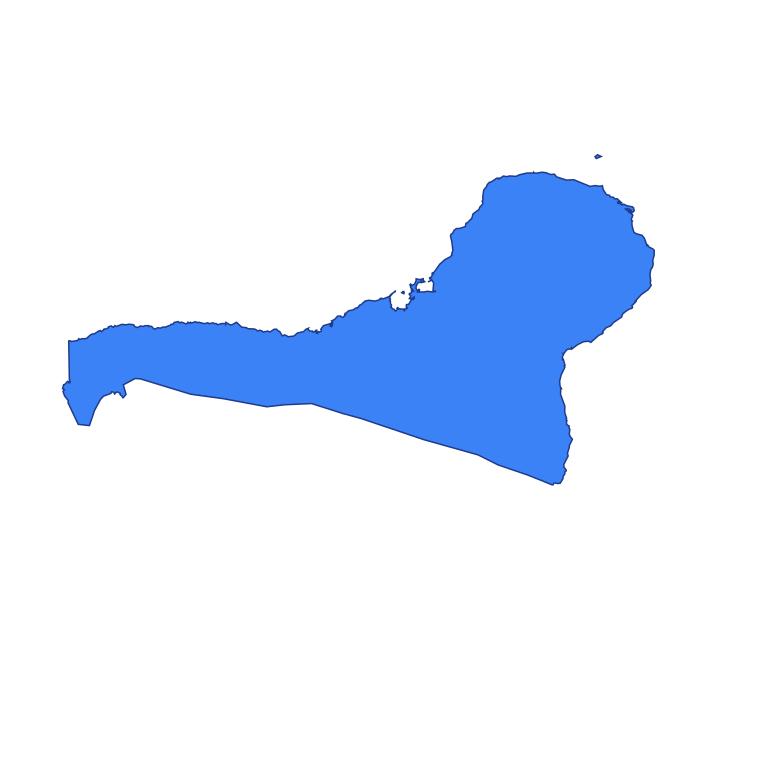 Negros Oriental, Negros Oriental, Philippines, rotated 248°
{"feature_id": "2640588B56610026740587", "entity_name": "Negros Oriental", "entity_type": "district", "adm_level": 2, "iso_a3": "PHL", "parent_name": "Philippines", "parent_adm1": "Negros Oriental", "projection": "albers", "projection_center": [123.112, 9.739], "detail": "fine", "context": "isolated", "style": "filled", "palette": "blue", "viewbox_px": 768, "rotation_deg": 248, "n_neighbors": 0, "source": "geoboundaries", "source_scale": "gbopen_adm2", "svg_char_len": 6157}
<svg xmlns="http://www.w3.org/2000/svg" viewBox="0 0 768 768"><g transform="rotate(248 384 384)"><path d="M226.0,510.3L229.2,514.5L231.1,515.4L233.0,518.1L234.6,518.7L235.2,520.4L236.3,520.7L239.1,519.7L242.0,520.5L248.2,527.7L251.3,528.3L256.1,532.3L257.4,532.7L262.2,538.0L265.7,536.9L268.3,537.1L272.5,539.4L274.2,539.0L275.6,540.0L277.9,538.2L280.5,539.0L282.0,540.3L281.7,539.6L282.4,539.3L283.5,540.4L290.0,540.9L295.7,543.4L308.2,543.8L313.5,546.1L313.2,546.8L316.0,546.4L321.0,548.0L326.1,551.7L331.8,558.0L333.2,557.8L333.4,558.8L339.5,559.5L339.3,558.8L340.0,558.7L342.7,559.8L344.2,561.6L345.1,561.4L344.7,561.9L347.3,566.3L347.3,568.2L346.3,570.6L347.3,571.4L346.1,571.4L347.9,577.9L348.5,584.7L347.1,589.6L345.1,591.4L348.7,601.4L348.8,605.5L349.4,606.3L350.0,605.9L350.6,605.8L350.1,606.1L351.2,607.2L353.0,611.2L353.0,616.0L355.0,619.7L357.1,629.4L359.6,631.6L360.8,635.5L361.6,639.2L361.3,642.1L361.9,643.2L363.8,643.2L365.5,647.4L366.6,647.8L366.1,648.6L367.5,649.7L370.5,656.0L372.6,664.5L375.4,668.7L378.3,668.7L379.4,669.8L385.8,671.6L390.0,674.1L391.9,676.8L394.0,678.3L398.5,679.8L401.9,682.6L406.6,684.6L408.4,684.0L411.6,681.1L414.2,680.4L414.9,680.8L414.0,679.7L421.5,680.0L425.1,679.0L429.2,673.8L431.3,672.5L437.8,673.3L440.7,674.2L442.1,675.4L442.7,674.7L443.8,674.8L447.4,678.0L450.0,676.6L452.0,677.0L452.7,676.5L451.5,675.9L451.5,675.2L453.0,675.6L454.7,673.9L455.3,674.4L455.7,673.9L455.6,675.0L453.7,677.5L452.0,678.2L449.8,678.0L450.8,680.8L454.0,681.4L455.2,680.7L458.6,675.6L460.6,674.0L461.0,671.5L463.6,670.1L463.7,668.7L465.0,668.7L465.2,669.7L464.6,671.1L464.1,671.3L464.0,671.0L463.6,671.2L463.1,672.1L468.5,669.5L469.2,667.4L471.2,666.6L472.7,663.9L474.4,663.8L476.4,661.1L482.3,660.1L486.0,660.8L486.4,658.4L488.8,654.3L490.0,649.1L502.3,636.5L504.7,629.6L511.3,621.7L514.7,620.6L515.9,616.8L519.1,613.5L521.2,609.8L522.3,604.5L523.3,602.3L524.3,602.1L523.7,601.5L526.1,595.4L527.2,588.2L527.1,584.1L529.8,578.5L530.3,575.4L532.1,572.6L531.0,567.5L531.5,567.0L531.9,567.4L532.6,565.8L531.1,558.4L531.6,557.6L530.3,554.5L528.8,553.3L526.4,549.1L521.0,545.9L518.1,544.9L516.6,543.4L515.8,543.9L513.7,542.6L512.1,539.1L510.3,537.5L508.3,530.2L504.9,527.6L502.4,522.1L502.3,520.2L499.5,518.4L499.9,512.6L501.0,509.2L500.3,506.7L498.1,504.1L497.6,502.1L496.1,501.0L490.9,500.3L482.1,497.9L479.1,495.4L478.1,495.4L477.1,492.8L476.5,487.0L474.2,480.6L469.0,472.5L468.7,470.2L467.6,470.8L467.7,469.9L465.5,468.3L465.3,466.0L464.4,465.8L463.2,467.2L462.3,467.2L462.3,463.0L462.2,467.1L461.5,467.6L458.9,467.8L452.5,464.5L451.7,464.7L450.9,466.3L449.9,466.4L451.1,465.7L450.8,464.3L453.9,458.5L454.2,455.9L456.5,450.1L456.9,451.7L458.0,452.1L458.1,451.4L458.6,451.8L458.7,451.6L458.0,449.8L460.6,449.5L462.5,450.4L465.0,453.1L464.9,455.4L464.0,456.8L465.5,457.1L463.7,458.4L463.6,460.1L465.4,459.2L466.9,459.8L467.5,456.0L469.5,453.2L467.7,452.4L465.2,449.8L464.9,446.6L466.7,446.2L466.4,445.3L462.9,444.9L461.6,445.9L460.6,445.6L461.1,443.8L460.5,445.7L459.3,446.2L459.9,445.1L459.3,444.1L458.4,444.0L458.3,441.4L457.5,440.9L455.6,441.9L453.7,439.5L452.7,440.9L453.3,444.6L452.0,444.1L451.5,443.1L451.8,440.8L451.1,440.8L451.6,440.6L448.6,436.6L449.2,434.6L447.1,433.4L445.9,434.1L445.4,433.8L445.4,432.1L444.7,432.1L445.7,431.6L444.4,430.3L446.1,430.2L448.0,426.2L449.7,425.4L449.2,424.3L448.0,424.4L447.3,421.9L449.6,421.3L450.6,419.9L452.1,419.8L452.6,419.1L454.3,420.5L455.8,420.1L458.7,421.0L459.2,420.5L460.4,421.8L461.4,421.2L463.3,423.1L465.1,426.6L465.4,429.0L466.5,429.7L465.7,429.0L464.5,424.2L463.8,423.7L464.0,422.8L463.2,422.4L463.2,415.4L464.5,413.6L464.4,413.3L463.9,413.4L463.5,413.2L464.0,413.2L464.7,412.5L463.8,411.1L464.2,406.9L467.4,401.1L468.0,397.4L466.0,392.1L466.3,391.1L464.4,387.8L465.0,386.8L464.3,382.8L465.2,378.8L463.9,374.9L462.9,374.4L463.7,374.1L461.6,372.4L461.1,370.6L463.4,369.1L464.3,366.3L462.4,362.6L462.1,359.1L461.6,359.4L460.7,358.4L460.5,359.3L459.8,359.4L459.8,357.8L458.0,358.3L456.8,356.8L458.1,355.7L458.8,357.1L460.1,356.6L460.8,349.6L458.4,345.9L457.5,346.2L456.4,345.4L456.4,343.4L457.3,342.7L455.8,341.3L456.3,340.4L459.1,341.7L459.3,340.5L458.5,339.8L458.5,337.8L459.9,337.5L460.5,335.6L461.8,334.5L463.5,334.5L463.6,333.9L464.0,334.5L464.0,332.1L462.7,329.0L463.7,322.8L462.2,318.4L463.7,313.0L466.7,310.4L466.7,307.8L471.9,306.9L472.2,306.1L475.2,304.8L475.9,302.5L474.9,297.7L476.6,296.1L477.5,291.3L479.0,290.7L480.4,288.9L480.5,286.7L482.8,285.3L483.9,283.8L486.0,278.9L487.9,277.3L490.1,273.3L496.5,270.4L495.8,265.0L496.9,263.1L500.4,260.5L498.8,259.5L499.5,259.5L500.8,256.4L501.3,251.9L503.0,251.0L503.3,249.7L504.8,248.3L505.5,244.3L506.8,243.6L507.1,240.3L510.7,235.3L510.9,233.6L512.4,232.6L512.7,228.0L513.7,227.8L513.5,226.0L514.7,225.4L514.0,224.8L513.9,223.0L517.3,219.3L517.2,217.4L519.0,216.6L519.7,212.4L518.6,211.5L519.1,208.9L518.6,207.8L518.7,202.2L519.7,200.1L519.5,197.7L521.0,195.3L520.6,192.4L521.7,191.1L524.5,190.1L525.4,187.7L526.2,187.8L527.6,184.3L527.6,182.3L529.0,180.0L528.8,177.6L529.3,177.5L528.8,177.5L528.7,176.5L530.7,174.4L532.7,174.1L535.0,170.0L535.5,167.0L537.5,163.4L537.7,157.3L539.0,156.3L537.9,154.4L540.1,152.7L540.2,150.0L539.4,149.3L539.1,145.9L539.9,145.3L538.3,141.9L539.8,141.0L540.1,139.9L539.0,134.2L539.6,132.7L539.5,130.3L537.6,124.9L539.2,120.9L539.1,118.7L540.3,118.1L539.1,116.2L540.6,109.8L541.6,109.4L542.0,107.8L505.9,93.9L503.8,94.0L502.8,93.1L503.1,92.3L503.8,93.1L505.0,91.6L503.1,87.6L503.4,86.7L500.0,84.2L498.5,85.6L497.3,83.6L492.5,83.4L486.9,85.0L484.7,84.0L461.1,85.4L455.8,95.3L467.8,105.6L475.8,115.2L477.8,119.3L477.6,126.1L477.7,127.4L478.9,128.6L477.4,130.5L475.7,130.4L476.8,133.5L474.1,136.0L473.0,135.3L470.7,136.6L469.2,136.6L469.0,137.2L471.0,140.9L480.9,142.0L482.3,155.4L479.9,160.2L446.9,201.0L430.3,230.0L406.8,266.8L401.9,284.3L393.0,309.5L371.7,335.2L360.7,349.7L317.3,400.3L283.0,444.7L266.2,459.5L245.8,483.1L227.5,502.1L227.2,503.0L228.4,504.3L228.3,505.2L226.6,507.9L226.0,510.3ZM515.7,664.8L513.5,665.3L513.6,670.6L516.6,667.8L515.7,664.8ZM462.0,434.6L460.3,436.2L461.2,437.0L462.3,437.0L462.7,436.2L462.0,434.6Z" fill="#3b82f6" stroke="#1e3a8a" stroke-width="1.5"/></g></svg>